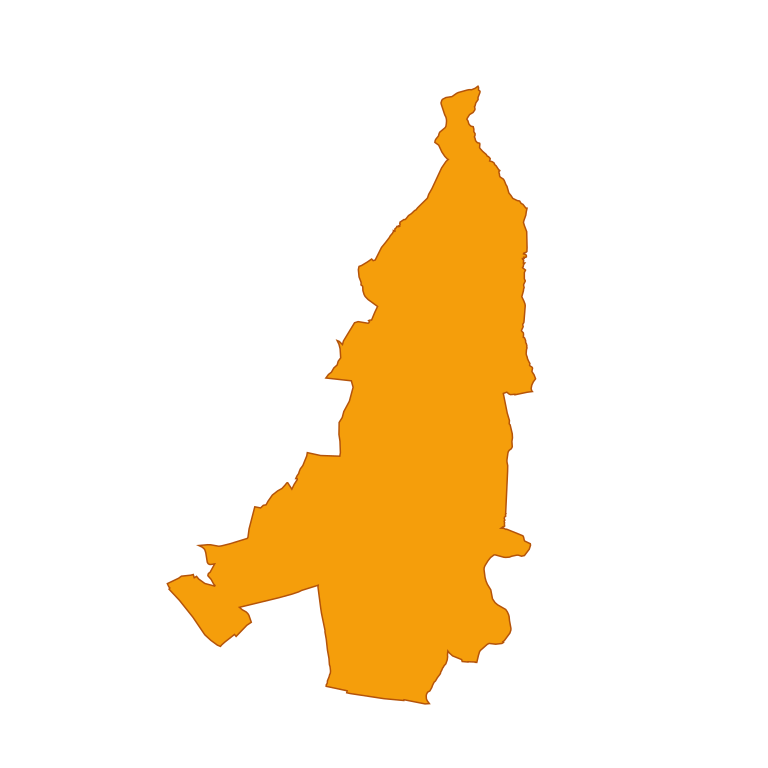 Buciumi, Bacau, Romania, rotated 191°
{"feature_id": "2599482B95030367373704", "entity_name": "Buciumi", "entity_type": "district", "adm_level": 2, "iso_a3": "ROU", "parent_name": "Romania", "parent_adm1": "Bacau", "projection": "orthographic", "projection_center": [26.788, 46.194], "detail": "fine", "context": "isolated", "style": "filled", "palette": "amber", "viewbox_px": 768, "rotation_deg": 191, "n_neighbors": 0, "source": "geoboundaries", "source_scale": "gbopen_adm2", "svg_char_len": 6141}
<svg xmlns="http://www.w3.org/2000/svg" viewBox="0 0 768 768"><g transform="rotate(191 384 384)"><path d="M348.6,694.3L350.8,691.8L354.1,689.6L356.5,689.2L358.5,688.4L366.7,684.3L368.3,683.1L372.1,679.1L377.9,677.0L380.9,674.6L381.4,673.5L381.7,670.8L381.1,669.4L375.8,659.9L374.1,657.7L373.3,655.9L372.8,654.1L372.5,651.5L372.4,648.8L372.9,647.3L377.3,641.9L377.7,640.5L377.9,637.8L379.7,634.5L380.2,633.0L380.2,630.9L375.9,628.9L371.5,622.8L367.8,619.1L364.8,617.0L363.8,616.7L365.6,614.3L368.7,607.1L374.2,585.0L376.3,578.8L376.8,575.0L377.2,574.2L384.5,563.6L386.0,560.8L387.0,560.2L389.6,556.5L392.1,554.0L393.8,550.6L394.7,549.4L395.9,549.2L399.2,545.9L399.0,545.5L399.2,544.6L398.7,544.1L398.6,543.5L399.1,542.7L398.6,542.0L399.0,541.7L400.1,541.9L400.3,541.7L400.0,541.2L401.4,541.1L401.7,539.9L402.9,538.3L402.5,536.2L404.0,536.4L403.6,535.4L404.1,535.0L404.4,533.7L406.1,530.7L406.7,528.8L409.6,523.0L412.5,517.6L416.3,504.0L418.2,503.0L420.0,504.3L423.7,500.5L428.7,496.0L430.9,494.7L431.0,494.0L431.0,491.3L428.9,484.3L426.1,479.8L425.7,478.8L425.5,476.9L424.0,476.2L423.4,475.3L422.5,471.6L420.6,468.0L419.2,466.3L415.8,463.9L405.1,458.9L406.7,452.7L408.4,444.4L409.9,444.1L411.2,443.3L410.1,442.4L410.5,441.3L411.1,440.6L421.3,440.3L424.6,438.5L432.0,418.5L432.3,414.8L436.1,417.3L438.3,417.7L435.8,414.4L433.8,410.2L431.5,401.4L433.3,397.6L433.6,393.8L436.3,390.2L437.9,385.5L440.3,382.8L442.2,378.8L416.7,380.9L413.7,374.9L414.7,360.5L418.2,349.3L418.6,343.2L420.7,337.7L418.6,325.9L416.3,319.4L413.7,308.2L413.6,304.7L432.6,301.7L446.2,302.0L446.1,298.7L448.1,288.5L449.9,284.8L450.5,281.9L450.7,279.8L451.8,277.4L452.6,274.3L451.2,274.6L450.9,273.6L453.0,268.4L454.4,263.2L459.7,268.7L460.6,268.3L461.8,265.9L464.2,262.0L468.0,258.8L472.4,253.7L475.4,247.0L476.7,242.9L479.3,241.9L481.5,238.8L487.4,238.8L488.8,216.0L488.3,207.5L488.8,206.3L504.9,197.7L512.6,194.1L515.2,193.2L523.5,193.1L526.4,192.6L535.0,190.1L531.2,189.1L529.0,187.8L528.1,186.8L526.7,184.2L523.5,175.4L522.4,174.1L521.1,173.6L519.8,173.7L515.9,175.1L518.8,166.0L520.2,164.5L520.4,162.7L520.2,162.1L516.4,159.2L513.0,155.1L511.5,154.0L511.7,153.3L521.8,154.0L528.7,157.2L531.3,159.4L533.3,157.6L534.9,160.6L537.1,159.5L546.2,156.7L548.5,154.2L558.6,146.7L556.5,143.8L555.3,142.9L555.9,141.6L543.5,132.6L527.2,118.7L512.0,103.6L505.0,99.3L497.8,95.9L494.5,95.2L493.5,97.0L491.0,100.3L483.0,109.6L481.0,108.0L472.6,121.0L468.8,124.8L472.5,131.2L473.9,132.7L475.9,134.0L480.2,135.4L483.3,137.2L446.7,154.0L434.2,160.2L428.2,163.6L425.4,165.7L410.2,173.9L410.1,172.2L403.5,152.3L401.7,147.2L394.7,130.4L394.7,129.5L392.0,122.5L388.7,111.9L385.7,104.2L384.0,98.0L383.0,96.2L381.7,92.0L381.5,89.6L381.9,88.6L382.0,86.3L382.9,81.8L382.6,79.5L383.3,77.6L383.1,76.2L361.6,75.8L361.7,73.8L358.0,73.7L324.1,75.1L304.1,77.1L304.1,77.9L282.7,77.8L278.5,78.9L281.1,81.3L282.3,83.0L283.1,86.1L283.0,88.0L282.3,89.9L280.4,91.5L279.2,95.1L278.8,97.7L277.9,100.9L276.8,102.3L275.6,105.8L273.6,109.9L273.3,111.1L273.4,112.0L272.8,113.7L272.2,116.5L271.7,117.4L271.2,119.0L269.9,121.1L269.3,125.3L269.5,128.4L270.0,130.1L270.4,134.1L268.7,132.6L264.8,130.2L255.2,128.3L254.3,126.5L248.5,127.1L248.5,127.4L241.4,128.5L241.3,128.2L239.8,128.4L239.5,135.7L239.1,139.5L238.5,140.9L234.9,145.6L232.9,148.2L231.3,149.4L224.7,149.9L218.8,151.8L217.4,153.1L218.2,153.7L217.0,154.9L212.9,163.5L212.5,166.7L212.8,168.4L215.6,175.5L216.8,179.5L217.6,181.2L219.4,183.8L221.5,185.9L230.3,188.9L233.3,190.6L236.5,193.8L239.9,202.3L244.3,207.1L246.3,210.1L247.9,213.4L250.4,221.0L250.6,222.9L250.2,225.0L248.2,230.3L246.3,234.0L243.5,237.1L242.5,237.5L233.3,236.8L231.4,237.0L227.8,238.0L225.8,239.3L220.8,241.4L219.3,241.6L216.2,241.2L213.4,242.4L209.9,249.5L209.4,253.7L209.9,255.1L215.9,256.7L216.5,257.4L217.8,260.4L218.7,261.5L236.0,264.9L236.5,264.5L238.7,265.2L241.6,264.8L240.1,266.4L239.3,266.7L239.2,267.1L238.5,267.4L238.5,267.7L239.2,269.8L239.1,270.8L239.8,271.8L239.8,272.8L239.4,273.2L239.5,273.7L240.3,274.8L240.3,276.4L239.3,277.5L239.9,279.0L239.8,279.5L239.5,279.9L239.9,280.2L246.0,321.8L247.0,327.5L248.4,330.9L248.8,332.6L249.2,340.1L249.0,341.5L248.3,343.0L246.7,344.7L246.1,346.8L247.5,352.1L247.6,355.6L248.6,359.6L252.4,368.0L253.5,368.8L253.9,372.1L257.5,379.0L265.1,397.5L261.9,399.4L259.3,398.0L257.8,397.7L253.6,398.9L253.4,398.4L241.7,403.3L236.9,404.9L237.8,405.7L238.7,407.7L238.7,411.2L237.8,414.7L236.2,418.0L238.4,421.6L241.2,424.5L241.2,427.9L241.8,428.7L244.2,429.7L244.7,430.2L244.7,432.0L245.8,433.2L247.9,436.1L248.6,437.8L249.4,439.0L250.2,440.7L250.7,444.9L250.5,446.8L251.0,447.4L251.0,448.7L252.1,451.0L252.8,451.6L253.3,453.7L254.8,456.0L255.4,456.4L256.1,456.3L256.5,459.4L257.0,460.8L259.0,462.2L259.3,462.8L258.3,466.8L259.1,468.5L259.1,469.5L258.5,470.9L258.5,472.0L260.3,487.8L260.9,489.5L262.6,492.2L265.4,496.0L264.9,502.0L265.1,504.1L264.8,505.2L265.8,507.5L265.9,508.4L265.0,511.8L265.1,512.4L266.3,514.0L267.5,520.2L266.8,522.8L270.2,524.6L269.7,525.9L269.8,527.7L268.9,529.6L270.3,529.3L270.5,532.1L271.1,533.1L271.7,532.8L272.1,533.6L270.4,534.2L270.9,535.1L269.1,535.4L268.5,536.0L268.7,537.1L269.5,538.1L271.9,538.3L271.9,538.9L271.5,539.3L269.7,540.4L269.0,541.3L269.6,545.3L273.0,560.8L276.3,566.1L277.9,569.1L277.9,570.8L277.0,576.8L277.2,580.2L277.1,583.9L278.4,583.8L281.8,586.8L283.9,587.5L285.8,589.5L288.2,589.5L293.0,590.8L295.2,593.1L297.9,595.4L301.0,601.5L302.4,603.0L304.7,606.6L305.9,607.9L309.4,609.3L310.2,610.2L310.8,612.2L311.4,613.2L311.7,614.6L311.0,615.5L311.4,615.9L312.2,616.1L315.6,619.6L317.4,620.6L317.7,621.5L318.3,622.1L320.3,622.9L322.9,623.1L322.7,625.4L323.0,625.8L324.9,627.2L326.0,627.3L327.4,628.8L331.7,631.3L334.6,633.5L335.3,634.3L335.7,637.9L336.1,638.6L338.4,638.7L340.5,640.3L341.6,642.7L342.2,643.4L342.4,644.1L342.1,645.2L342.3,647.0L344.0,648.9L344.4,651.3L345.5,653.6L347.8,653.7L349.2,654.5L350.4,655.6L351.8,658.3L353.2,659.7L353.0,660.7L351.4,664.8L348.4,667.5L347.2,670.2L347.1,671.2L348.1,673.6L347.7,674.2L347.5,677.5L345.9,681.1L346.4,683.1L345.5,688.1L345.5,689.3L345.7,689.8L347.3,690.6L347.8,693.3L348.6,694.3Z" fill="#f59e0b" stroke="#b45309" stroke-width="1.5"/></g></svg>